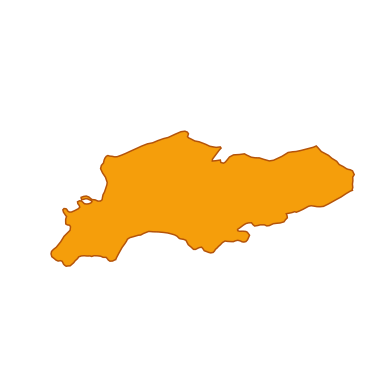 outline of Härjedalen, Jämtland, Sweden, rotated 155°
{"feature_id": "70781695B83252740141506", "entity_name": "Härjedalen", "entity_type": "district", "adm_level": 2, "iso_a3": "SWE", "parent_name": "Sweden", "parent_adm1": "Jämtland", "projection": "natural_earth1", "projection_center": [13.938, 62.166], "detail": "fine", "context": "isolated", "style": "filled", "palette": "amber", "viewbox_px": 384, "rotation_deg": 155, "n_neighbors": 0, "source": "geoboundaries", "source_scale": "gbopen_adm2", "svg_char_len": 3612}
<svg xmlns="http://www.w3.org/2000/svg" viewBox="0 0 384 384"><g transform="rotate(155 192 192)"><path d="M289.8,162.9L288.0,164.5L284.6,167.1L278.8,171.3L274.8,173.5L272.2,175.1L270.5,176.5L267.7,176.9L264.1,176.3L261.5,175.9L258.9,175.5L256.7,174.7L253.5,174.9L248.1,174.6L246.7,173.9L244.1,172.4L239.5,170.1L234.9,167.4L231.3,165.1L228.5,162.8L225.9,160.5L224.3,158.4L223.1,155.2L221.9,154.2L219.7,152.7L217.9,150.8L217.7,145.9L216.9,144.1L216.1,142.5L214.9,139.4L213.1,138.5L209.3,138.6L206.7,138.0L206.1,136.3L205.7,133.6L204.3,132.2L202.5,130.3L200.8,128.9L198.4,128.3L196.6,129.0L195.0,130.1L192.8,130.7L191.0,131.5L188.8,132.1L185.8,133.3L182.8,133.6L181.0,132.4L179.2,131.4L177.3,130.4L175.5,129.5L173.1,129.4L170.9,128.9L169.9,128.1L168.7,127.1L167.7,125.7L166.1,124.7L164.1,124.3L161.9,125.2L159.9,126.9L158.1,128.5L158.9,132.2L159.9,133.5L162.5,135.0L165.7,136.4L166.9,137.7L166.5,138.9L162.9,139.5L159.3,140.3L156.3,140.6L153.7,140.1L151.1,139.0L150.5,136.6L149.6,134.7L146.4,133.8L144.0,133.4L140.2,131.6L138.6,129.7L136.2,128.9L131.7,128.9L127.7,127.6L125.3,126.7L121.3,126.1L118.9,127.4L116.5,128.3L115.9,130.3L115.7,132.5L113.1,131.8L110.1,131.1L107.3,130.8L106.0,129.6L103.0,129.4L98.6,129.4L92.4,129.8L89.8,129.2L87.5,127.7L84.9,125.9L82.1,124.5L78.9,123.4L73.6,123.5L64.2,124.2L59.0,124.5L53.2,125.4L48.1,125.9L45.9,125.7L45.9,126.4L44.4,128.1L43.3,131.3L41.5,134.1L40.0,137.6L37.6,139.2L37.6,143.3L39.2,145.3L41.1,146.7L42.2,147.9L44.2,151.1L47.0,154.7L47.9,158.7L49.4,161.0L51.0,163.4L52.8,167.5L57.7,174.0L59.1,178.8L59.9,181.2L63.2,181.3L69.2,182.4L75.7,183.6L80.5,184.7L83.7,185.9L88.2,187.2L95.4,186.3L104.6,186.3L108.8,187.5L113.2,191.3L116.5,194.4L120.3,196.3L123.6,198.5L126.8,202.3L128.3,204.4L133.1,205.9L136.4,207.2L138.7,208.1L143.2,207.9L146.2,206.4L149.2,205.0L151.3,204.8L153.4,206.6L152.8,209.0L157.5,210.4L160.5,211.5L159.6,213.1L155.1,215.5L149.7,218.4L147.1,219.5L147.3,220.9L151.2,222.2L153.0,223.4L156.6,226.0L159.3,229.3L161.0,231.1L164.3,234.5L167.9,237.1L170.6,240.6L172.1,242.4L172.7,244.0L170.6,246.2L170.9,248.2L172.7,250.1L176.5,251.3L182.8,251.5L190.6,251.5L195.1,252.4L201.1,253.0L206.8,253.2L212.1,254.5L216.7,254.8L218.7,254.9L221.7,254.9L230.5,255.0L235.9,255.0L240.5,255.2L244.9,255.6L247.2,256.5L249.3,258.1L251.4,259.3L252.8,260.6L253.0,260.6L254.5,260.6L256.6,259.5L258.1,258.1L258.9,257.1L260.0,255.7L262.9,254.4L265.0,251.8L265.0,247.1L264.2,241.9L264.8,236.5L266.1,234.5L268.9,231.5L271.4,228.9L273.7,227.2L275.4,225.0L276.7,223.0L278.7,222.5L281.0,223.4L283.1,225.8L285.9,227.5L286.9,229.6L287.6,231.1L289.5,233.0L292.1,233.8L294.8,234.0L295.2,232.7L295.2,231.8L294.0,231.3L291.1,230.8L289.7,230.0L287.7,227.7L286.8,226.5L286.7,225.5L288.5,224.8L290.7,225.0L292.5,225.6L294.4,226.8L295.0,228.3L295.5,229.5L296.0,230.6L297.7,231.6L299.9,231.5L300.4,229.7L299.9,227.5L300.1,225.7L302.0,224.9L306.2,224.7L309.8,224.8L311.6,225.6L312.7,227.3L312.8,229.0L313.3,230.1L315.0,231.1L316.6,230.4L317.0,228.0L316.4,223.9L316.0,222.9L318.0,220.7L319.0,218.6L319.9,216.4L318.9,214.9L317.0,213.6L316.8,211.8L318.7,208.8L326.7,205.9L332.0,202.4L338.3,199.3L341.9,198.5L344.4,197.5L345.9,195.5L346.4,192.6L345.1,190.1L344.0,187.7L342.5,186.0L340.3,185.4L339.0,184.2L338.9,182.5L338.9,180.9L338.4,179.5L337.5,178.0L337.4,177.9L335.6,177.4L333.6,176.6L331.5,177.2L329.1,177.9L327.1,179.0L323.9,180.0L322.1,181.1L319.2,180.8L316.6,179.8L314.1,178.3L311.5,177.2L310.2,176.0L307.8,175.7L304.8,174.2L301.9,172.4L300.2,170.4L297.4,169.0L296.9,167.3L296.6,165.7L295.6,164.0L293.1,163.0L290.3,163.1L289.8,162.9Z" fill="#f59e0b" stroke="#b45309" stroke-width="1.5"/></g></svg>